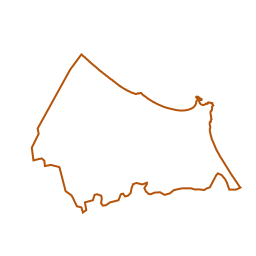 La Paloma, Rocha, Uruguay, rotated 259°
{"feature_id": "84410073B66166810311387", "entity_name": "La Paloma", "entity_type": "district", "adm_level": 2, "iso_a3": "URY", "parent_name": "Uruguay", "parent_adm1": "Rocha", "projection": "robinson", "projection_center": [-54.156, -34.573], "detail": "fine", "context": "isolated", "style": "outline", "palette": "amber", "viewbox_px": 256, "rotation_deg": 259, "n_neighbors": 0, "source": "geoboundaries", "source_scale": "gbopen_adm2", "svg_char_len": 4507}
<svg xmlns="http://www.w3.org/2000/svg" viewBox="0 0 256 256"><g transform="rotate(259 128 128)"><path d="M48.1,227.0L49.2,226.3L54.0,224.3L63.6,220.2L80.3,213.9L82.7,212.8L84.2,212.5L87.4,211.4L89.8,210.6L99.3,208.6L100.4,208.3L101.1,208.2L101.7,208.1L102.2,208.0L102.8,208.1L103.4,208.1L104.4,207.9L105.0,207.9L105.7,207.8L106.7,207.8L107.9,207.8L108.8,207.7L109.7,207.8L110.6,208.0L111.5,208.1L112.0,208.5L112.6,208.9L112.9,208.9L113.4,208.9L114.1,208.9L114.6,208.9L115.2,208.9L115.8,208.9L116.5,208.9L117.2,209.1L117.7,209.3L118.2,209.6L118.1,210.0L118.2,210.4L118.5,210.6L119.1,210.7L119.6,210.7L120.0,210.8L120.2,211.0L120.4,211.3L120.6,211.6L121.0,211.7L121.3,211.8L121.6,211.7L121.9,211.5L122.3,211.5L123.5,211.8L123.9,211.7L124.2,211.8L124.6,211.7L125.1,211.7L125.7,211.7L126.3,211.7L126.9,211.8L127.4,212.0L128.1,212.1L128.4,212.4L128.7,212.5L128.7,212.9L129.0,213.3L129.5,213.5L129.9,213.8L130.4,214.1L130.8,214.2L131.3,214.3L131.9,214.4L132.4,214.4L132.8,214.6L133.1,214.9L133.4,215.2L133.6,215.4L133.7,215.7L133.9,216.0L134.5,215.7L135.2,215.7L135.4,215.6L135.7,215.3L135.9,215.5L136.3,215.5L136.4,215.2L136.6,214.8L136.4,214.6L136.3,214.3L136.5,214.1L136.8,214.0L137.1,213.7L137.3,213.5L137.4,213.2L137.4,212.9L137.4,212.5L137.6,212.1L137.8,211.7L137.7,211.3L137.5,211.2L137.4,211.1L137.1,211.1L136.9,211.1L136.7,210.9L136.6,210.6L136.6,210.4L136.6,210.2L136.7,209.8L136.8,209.7L137.0,209.5L137.1,209.2L136.8,208.8L136.4,208.1L136.2,207.4L136.2,206.5L136.4,205.6L136.9,204.7L137.4,204.1L137.9,203.7L138.5,203.4L139.2,203.1L139.9,203.0L140.6,203.0L141.0,203.0L141.3,203.2L141.4,203.3L141.6,203.5L141.7,203.8L141.7,204.0L141.6,204.5L141.4,205.1L141.4,205.4L141.6,205.6L141.8,205.6L142.0,205.7L142.2,205.8L142.6,205.4L143.0,204.9L143.2,204.3L143.6,204.1L143.7,203.9L144.0,203.7L144.3,203.5L144.6,203.3L144.4,203.2L144.5,203.0L144.6,202.9L144.8,202.8L144.9,202.7L145.1,202.5L145.2,202.4L145.3,202.3L145.4,202.1L145.5,201.9L145.5,201.7L145.6,201.3L145.7,201.2L145.4,200.8L145.2,200.8L145.1,201.0L144.7,201.2L144.4,201.2L144.4,201.4L144.4,201.6L144.1,202.0L143.9,202.3L143.7,202.3L143.3,202.2L142.8,202.0L142.4,201.8L141.5,200.5L141.2,200.4L140.7,200.1L138.6,199.2L138.4,199.0L137.5,198.3L136.7,197.4L136.1,196.6L135.5,195.4L135.1,194.3L135.0,193.9L134.7,192.4L134.5,191.2L134.4,189.4L134.4,188.5L134.4,187.8L134.6,186.1L134.9,183.7L135.5,181.5L136.0,179.9L136.6,178.4L137.8,175.6L138.2,174.7L139.0,173.0L140.2,170.3L142.0,167.1L142.7,166.1L143.3,165.1L144.0,164.1L144.5,163.4L145.1,162.4L146.0,161.3L147.4,159.5L147.5,159.3L147.9,159.0L148.1,158.7L148.8,157.6L149.4,157.1L151.3,155.0L153.3,152.8L153.7,152.6L154.0,152.3L154.9,151.6L155.2,151.3L156.1,150.4L156.5,150.1L157.0,149.4L157.3,149.3L157.7,148.8L158.0,148.6L159.1,148.1L159.9,147.6L160.0,147.0L159.9,146.7L159.9,146.3L159.8,146.1L159.8,145.8L159.8,145.6L160.0,145.4L159.9,144.8L160.2,144.1L159.9,143.6L159.8,143.3L159.8,143.1L159.8,142.9L159.8,142.6L159.9,141.9L160.4,141.2L160.6,140.9L160.7,140.7L162.4,137.7L163.0,137.1L163.4,136.5L164.1,135.7L164.2,135.3L164.6,135.0L164.9,134.5L165.3,134.1L165.6,133.5L166.6,132.6L168.2,130.6L168.9,130.1L169.6,129.2L169.9,128.9L170.1,128.6L170.6,128.4L170.7,128.0L173.2,125.9L173.9,125.1L174.4,124.9L175.0,124.3L175.6,123.9L176.3,123.1L176.7,122.7L177.2,122.3L178.1,121.8L178.8,120.8L179.2,120.5L179.6,120.0L180.4,119.6L180.9,118.9L182.9,117.4L183.8,116.3L185.4,115.2L186.6,113.9L187.3,113.5L187.7,113.2L188.2,112.7L188.7,112.1L189.1,111.9L189.5,111.7L189.8,111.1L191.7,109.9L192.1,109.5L192.8,108.9L194.1,108.0L194.6,107.5L195.7,106.7L196.0,106.3L196.5,106.0L197.4,105.3L198.1,104.7L199.1,104.0L199.4,103.6L199.8,103.5L200.4,102.8L201.8,102.0L203.0,101.0L204.0,100.2L204.5,99.8L205.2,99.5L205.9,98.9L207.3,97.6L208.4,96.9L208.7,96.7L208.9,96.6L209.1,96.3L196.4,82.4L144.7,39.2L139.3,39.2L127.0,29.8L114.3,29.0L114.6,37.4L112.0,39.6L106.5,39.2L106.5,45.2L102.7,53.2L77.9,54.7L72.5,59.8L68.3,61.0L60.9,62.9L59.0,67.1L53.7,67.6L55.4,71.4L63.2,71.5L63.8,79.8L68.7,82.4L68.9,85.0L66.6,88.8L63.8,88.8L59.4,87.2L56.6,88.5L56.4,91.6L58.4,96.1L58.9,104.9L64.3,108.3L64.5,110.6L61.4,112.0L61.5,114.9L63.7,118.2L68.2,120.0L71.9,122.3L72.4,125.8L70.6,129.7L69.9,131.0L70.6,136.1L69.3,135.8L65.9,132.6L62.5,133.4L59.5,135.5L58.6,137.6L59.5,141.7L58.8,147.2L55.4,151.1L55.8,156.5L58.3,161.2L58.5,169.1L56.8,178.2L54.9,181.9L54.3,185.6L52.6,191.0L53.7,193.8L54.2,197.1L64.8,205.6L66.3,207.5L64.0,210.9L59.3,213.5L55.8,214.6L48.2,215.7L46.9,222.4L48.1,227.0Z" fill="none" stroke="#b45309" stroke-width="2"/></g></svg>